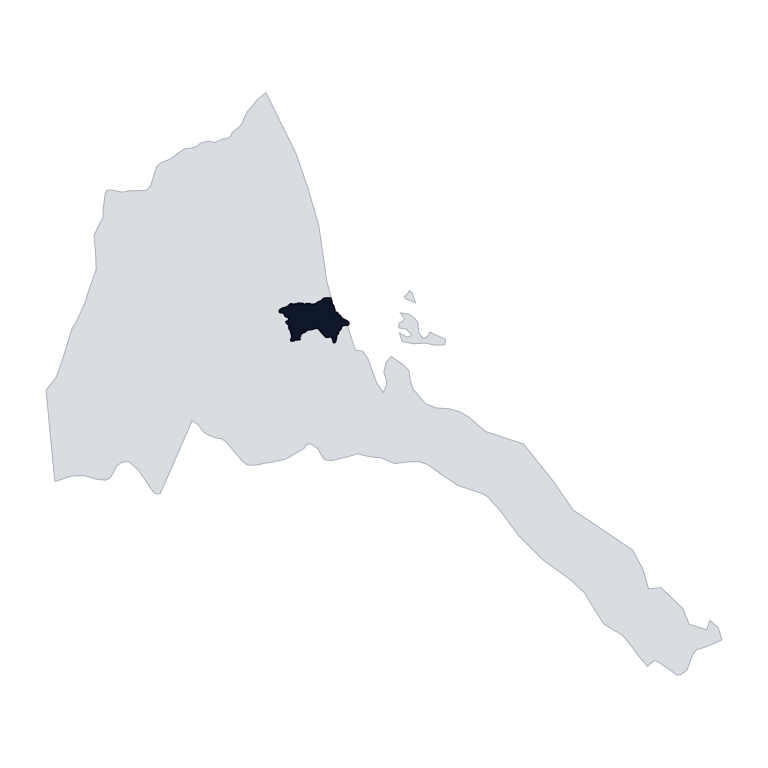 Shieb, Semenawi Keyih Bahri, Eritrea shown in context
{"feature_id": "51966322B10496032300276", "entity_name": "Shieb", "entity_type": "district", "adm_level": 2, "iso_a3": "ERI", "parent_name": "Eritrea", "parent_adm1": "Semenawi Keyih Bahri", "projection": "orthographic", "projection_center": [39.092, 15.818], "detail": "fine", "context": "in_parent", "style": "filled", "palette": "ink", "viewbox_px": 768, "rotation_deg": 0, "n_neighbors": 0, "source": "geoboundaries", "source_scale": "gbopen_adm2", "svg_char_len": 7842}
<svg xmlns="http://www.w3.org/2000/svg" viewBox="0 0 768 768"><path d="M54.8,481.2L51.9,451.3L50.0,431.3L48.0,410.1L46.1,390.1L55.8,377.9L60.3,366.3L72.1,328.5L76.7,321.0L85.8,300.8L87.2,295.0L96.2,269.5L95.6,252.5L94.0,235.3L98.9,225.2L103.2,217.1L103.0,210.2L105.1,194.2L106.5,190.2L111.8,190.1L122.5,192.2L130.4,190.7L139.5,190.7L146.5,190.3L150.7,185.5L156.6,166.8L160.3,163.1L163.1,162.0L171.2,158.6L178.1,153.2L183.7,149.4L185.8,148.6L191.7,148.1L197.7,145.9L200.4,143.2L207.9,141.2L215.2,142.4L220.1,140.1L223.4,138.7L227.1,138.6L230.5,136.4L231.9,133.1L234.2,131.0L239.9,126.2L242.5,122.7L243.7,119.1L244.9,116.3L247.4,111.6L257.4,99.7L266.0,92.8L295.8,153.0L308.0,188.5L318.8,225.6L326.8,281.3L334.4,309.7L346.8,323.6L355.3,350.1L362.5,351.1L367.8,358.4L376.8,383.2L383.4,392.4L386.8,384.4L386.4,379.9L383.8,372.2L386.1,362.4L391.1,356.4L402.6,364.4L408.9,370.5L410.7,382.7L413.4,389.5L425.5,403.7L435.7,407.9L448.9,408.8L459.9,411.9L468.8,417.1L485.5,431.5L523.5,444.0L554.5,482.8L572.7,509.7L632.5,550.0L643.0,569.6L648.6,588.8L661.0,587.7L682.8,608.4L689.2,624.3L706.9,629.8L709.7,620.3L718.3,627.9L721.9,639.9L710.7,644.9L698.4,649.4L696.7,649.3L692.6,654.9L687.0,670.2L680.6,674.7L677.2,675.2L657.6,661.3L654.6,660.5L650.5,663.4L647.5,666.3L638.3,655.7L631.6,646.3L622.3,635.0L613.4,630.0L603.7,623.8L594.2,609.0L584.4,592.7L570.1,579.4L543.4,560.3L518.9,536.0L500.1,510.5L488.1,497.2L483.0,493.8L458.2,485.6L440.8,474.0L427.5,464.4L419.4,461.8L411.5,461.6L394.6,463.5L380.6,457.5L374.8,457.5L365.4,455.8L358.0,453.7L349.4,456.3L331.7,460.6L324.4,459.7L320.4,453.6L318.1,449.0L311.9,444.2L306.8,444.2L304.0,448.5L285.5,459.3L254.5,465.3L247.1,464.9L241.7,460.5L226.1,441.8L221.6,438.7L218.1,438.4L210.8,436.2L204.1,432.6L198.2,424.9L192.2,420.5L185.7,435.4L174.3,461.5L168.2,475.5L160.3,493.5L157.8,494.0L153.8,492.7L138.5,470.1L128.9,461.5L121.6,462.3L116.3,466.4L112.9,473.8L109.2,478.5L105.3,480.2L96.8,479.2L83.9,475.5L70.5,476.1L56.7,481.1L54.8,481.2ZM418.8,332.8L423.0,338.3L425.9,337.8L428.1,335.9L429.7,332.0L445.6,339.6L444.7,344.8L435.3,345.1L424.3,343.0L414.2,343.8L402.2,341.6L399.4,332.9L407.1,337.1L411.0,336.0L411.7,334.9L406.3,329.0L398.6,327.9L399.1,323.2L402.6,321.4L404.7,319.1L400.3,312.8L408.8,314.2L414.3,318.0L417.9,322.5L418.8,332.8ZM412.1,292.6L415.5,302.7L405.8,298.9L404.1,296.8L408.4,292.8L409.3,290.4L412.1,292.6Z" fill="#d9dde1" stroke="#a8b0b8" stroke-width="1"/><path d="M291.0,340.9L291.3,341.0L292.3,341.1L293.4,340.9L294.0,340.9L294.2,340.3L294.7,340.0L295.5,340.0L296.1,340.1L296.4,340.1L296.8,339.7L297.0,339.6L298.4,339.8L299.3,339.8L299.6,339.6L299.9,339.6L300.0,339.5L299.8,339.4L299.8,339.2L299.5,339.1L299.7,338.9L299.7,338.7L299.6,338.4L299.8,338.1L299.8,337.9L299.8,337.6L299.9,337.2L300.1,336.9L299.9,336.8L300.0,336.6L300.3,336.5L300.4,336.4L299.9,336.1L299.9,335.9L300.0,335.7L300.3,335.3L300.6,335.2L300.9,335.0L301.0,334.9L300.9,334.6L300.8,334.3L300.8,333.9L301.2,333.8L301.4,333.8L301.7,333.6L302.0,333.4L302.2,333.5L302.5,333.4L302.8,333.2L303.0,332.8L303.4,332.5L303.8,332.4L304.0,332.4L304.5,332.4L304.9,332.2L305.3,331.9L306.0,331.2L306.5,330.8L307.1,330.4L307.8,330.0L308.2,329.9L309.1,329.7L309.6,329.8L310.1,329.8L311.6,329.6L312.1,329.5L312.6,329.3L313.4,329.1L313.5,328.9L314.1,328.8L314.4,328.7L315.3,328.5L315.8,328.4L316.7,328.4L318.5,328.4L318.5,328.8L318.8,329.3L320.3,331.1L320.6,331.5L321.3,332.2L322.3,333.5L322.6,333.8L323.1,334.3L323.5,334.7L323.7,334.9L323.9,335.1L324.2,335.4L324.8,336.1L325.1,336.5L325.8,337.2L326.0,337.3L326.6,337.3L327.4,337.2L327.8,337.3L328.5,337.3L329.1,336.9L329.9,336.8L330.2,336.8L330.9,336.9L331.4,337.3L331.6,337.6L331.7,337.8L332.1,338.1L332.2,338.3L332.6,339.3L332.7,340.1L332.8,340.3L333.0,340.7L333.1,340.9L333.1,341.1L333.2,341.6L333.3,342.4L333.7,342.6L333.8,342.8L334.0,342.8L334.8,342.6L335.1,342.3L335.1,342.0L335.5,341.6L335.8,341.4L335.8,341.2L335.7,341.1L335.7,340.8L335.8,340.4L336.0,340.0L336.2,339.1L336.1,338.9L336.2,338.7L336.5,338.2L336.3,337.8L336.4,337.5L336.5,337.4L336.6,337.0L336.6,336.9L336.5,336.5L336.6,336.0L336.5,335.9L336.6,335.5L336.9,335.0L337.1,334.7L337.8,334.2L338.3,333.7L338.4,333.3L338.7,331.7L339.0,331.1L339.0,330.9L339.5,330.6L339.8,330.2L340.1,330.0L340.7,329.4L340.9,328.9L341.2,328.5L341.5,327.1L341.9,326.3L342.2,326.1L342.9,325.7L343.9,325.5L344.2,325.5L344.8,325.2L345.4,325.2L345.9,325.2L347.6,325.3L347.8,325.0L348.1,324.8L348.4,324.7L348.5,324.7L348.8,324.0L348.9,323.6L348.9,323.3L348.8,322.7L348.6,322.3L348.3,321.9L348.1,321.6L347.7,321.3L346.9,320.9L345.8,320.2L345.1,319.8L344.3,319.5L342.8,318.7L342.0,318.2L341.4,317.6L341.3,317.3L341.2,317.0L341.1,316.8L341.0,316.6L340.9,316.4L340.5,316.0L340.0,315.5L338.8,314.7L338.4,314.4L338.0,313.5L338.0,313.4L337.9,313.1L337.5,312.7L337.1,312.5L336.9,312.4L335.4,312.3L335.3,312.2L335.1,312.0L335.0,311.9L335.0,311.6L335.0,311.4L334.9,310.8L334.8,310.5L334.7,310.2L334.7,309.8L334.8,309.6L334.8,309.3L334.7,309.0L334.3,308.2L334.2,307.9L334.1,307.1L333.9,306.3L333.6,305.6L333.4,305.4L333.1,305.1L332.9,304.7L332.6,304.6L332.3,304.1L332.2,303.9L332.0,303.5L331.9,303.4L331.9,302.7L331.7,302.3L331.7,302.0L331.8,301.7L331.9,301.2L331.7,300.8L331.4,300.0L331.2,299.5L331.0,299.3L330.8,298.1L330.1,298.1L328.7,297.9L327.6,297.9L326.5,298.0L325.8,298.0L325.2,298.0L324.6,298.1L324.0,298.3L323.7,298.6L323.2,298.8L322.5,299.4L322.4,299.5L322.1,299.8L321.5,300.4L321.2,300.8L320.9,301.0L320.3,301.1L319.5,301.5L319.1,301.5L318.7,301.8L317.6,302.3L317.2,302.6L316.2,303.4L315.8,303.6L315.6,303.7L315.2,303.9L314.9,304.0L313.4,304.3L312.6,304.3L311.2,304.3L310.5,304.0L310.0,303.7L309.7,303.6L309.0,303.5L307.8,303.7L307.4,303.6L307.2,303.5L306.9,303.5L306.1,303.7L305.8,303.9L304.8,304.3L304.5,304.3L304.4,304.5L303.8,304.4L303.6,304.0L303.3,303.6L302.8,303.6L302.4,303.4L302.2,303.3L302.1,303.5L301.6,303.3L301.1,303.4L300.8,303.3L300.7,303.3L300.3,303.6L300.2,303.4L299.7,303.4L299.5,303.5L299.1,303.5L298.7,303.3L298.7,303.1L298.3,303.1L297.8,303.1L297.6,303.2L297.5,303.5L297.2,303.7L297.2,303.9L297.2,304.1L296.8,304.0L296.6,304.2L296.4,304.1L296.2,304.3L295.7,304.3L295.5,304.2L295.5,303.9L295.3,303.8L295.1,304.0L294.9,304.3L294.8,304.2L294.6,304.2L294.3,304.4L294.1,304.4L294.1,304.5L293.9,304.6L293.7,304.5L293.6,304.3L293.5,304.2L292.9,304.2L292.2,303.9L291.5,303.9L291.3,303.8L291.1,303.8L290.9,303.7L290.7,303.8L290.7,304.0L290.4,304.2L290.2,304.2L290.0,304.3L289.8,304.3L289.5,304.5L289.2,304.9L288.0,305.9L285.6,307.4L282.9,308.0L282.2,308.3L281.4,308.6L280.8,309.1L280.4,309.3L280.0,309.8L279.6,310.1L279.3,310.7L279.2,311.2L279.3,311.7L279.5,312.0L280.2,312.7L281.6,312.8L282.1,312.8L282.7,312.7L282.8,312.8L283.0,312.9L283.3,313.4L283.8,313.9L284.2,314.3L285.0,315.7L285.1,316.1L285.1,316.3L285.8,316.7L286.3,316.8L286.6,316.8L286.9,317.1L287.0,317.2L287.4,316.8L287.5,316.7L288.1,316.8L288.4,316.9L288.6,317.0L288.4,317.4L288.4,317.7L288.4,317.9L288.4,318.0L288.5,318.0L288.8,318.1L288.9,318.3L288.7,319.4L288.4,320.2L288.3,320.4L287.7,320.8L287.4,320.9L287.2,321.0L286.1,321.5L285.9,321.7L285.8,322.0L286.2,322.4L286.3,322.6L286.5,323.1L286.6,323.3L287.5,323.9L287.6,324.4L287.8,324.4L288.4,324.3L288.5,324.3L288.9,324.6L289.0,325.0L289.3,325.3L289.3,325.8L289.3,326.0L289.2,326.1L288.8,326.5L288.6,326.6L288.6,326.9L288.7,327.1L289.1,327.4L289.4,327.9L290.2,328.2L290.3,328.3L290.1,328.4L289.7,328.5L289.5,328.4L289.3,328.6L289.0,328.6L288.9,328.7L289.0,328.8L289.2,329.0L289.4,329.3L289.7,329.5L289.8,329.6L289.8,329.8L289.9,330.2L290.3,330.7L290.5,331.0L290.7,331.4L290.8,332.0L290.8,332.8L290.8,333.0L291.1,333.5L291.5,334.3L291.5,334.6L291.4,335.1L291.4,335.4L291.5,335.6L291.7,335.9L291.8,336.1L291.9,336.4L291.8,336.6L291.8,336.9L291.4,337.5L291.3,337.8L291.3,338.0L291.4,338.8L291.3,339.0L291.1,339.2L290.6,339.6L290.7,339.8L290.8,339.9L291.0,340.9Z" fill="#0f172a" stroke="#020617" stroke-width="1.5"/></svg>